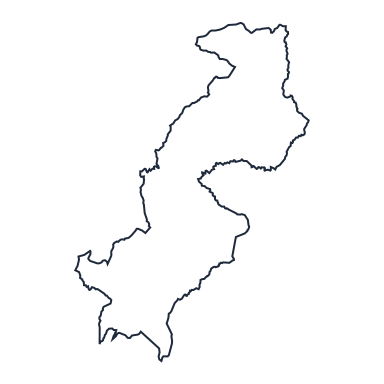 Xayacatlán de Bravo, Puebla, Mexico (Natural Earth projection)
{"feature_id": "50627088B60270238700137", "entity_name": "Xayacatlán de Bravo", "entity_type": "district", "adm_level": 2, "iso_a3": "MEX", "parent_name": "Mexico", "parent_adm1": "Puebla", "projection": "natural_earth1", "projection_center": [-97.941, 18.276], "detail": "fine", "context": "isolated", "style": "outline", "palette": "slate", "viewbox_px": 384, "rotation_deg": 0, "n_neighbors": 0, "source": "geoboundaries", "source_scale": "gbopen_adm2", "svg_char_len": 5970}
<svg xmlns="http://www.w3.org/2000/svg" viewBox="0 0 384 384"><path d="M276.6,166.8L279.8,165.1L284.9,158.9L285.3,156.7L286.5,155.5L287.0,153.1L286.6,151.8L289.1,147.1L290.6,146.1L290.9,142.6L292.4,143.0L292.9,142.2L292.9,140.5L294.4,139.9L296.1,137.5L297.9,137.5L298.9,135.8L300.7,136.2L301.4,134.7L302.9,135.3L304.5,134.3L304.8,132.4L304.1,129.8L304.3,128.7L306.6,125.3L306.9,123.6L308.0,122.4L308.7,120.4L303.1,115.9L301.9,113.7L299.1,112.8L297.3,111.2L297.0,109.4L297.5,108.8L296.4,106.8L296.3,104.5L295.7,102.7L294.1,102.2L294.2,101.3L292.4,98.8L292.7,97.4L291.9,95.9L290.6,95.5L290.3,96.5L287.3,97.6L285.2,97.0L283.6,95.1L283.3,94.0L283.8,91.0L283.5,89.8L282.2,88.2L283.2,85.6L283.1,83.6L284.5,81.5L284.9,79.9L287.6,78.6L288.0,76.4L287.9,74.0L288.6,73.5L289.0,72.1L287.6,70.6L287.5,69.5L288.4,67.7L288.3,65.2L289.1,62.2L286.5,58.8L286.9,57.2L286.8,55.3L287.6,53.8L286.5,50.9L286.5,49.7L287.2,48.3L285.6,46.3L286.4,44.5L285.7,42.3L284.7,42.2L284.3,40.7L285.1,37.5L286.7,36.4L287.3,34.7L288.1,34.1L288.0,32.0L286.6,31.5L285.6,30.2L285.8,26.2L282.8,26.2L280.5,24.8L279.5,24.8L277.3,27.9L274.7,29.1L274.1,30.9L272.3,32.8L271.0,32.6L270.7,29.7L268.6,28.0L261.3,28.9L260.0,29.5L256.4,29.4L251.8,32.9L250.5,32.6L249.3,31.2L245.9,29.0L243.6,24.4L241.5,23.1L240.2,23.0L236.1,24.5L228.4,25.0L223.9,28.0L219.9,29.6L215.6,30.5L211.5,30.5L209.6,31.6L207.5,34.2L205.7,35.6L204.0,36.3L198.5,37.2L197.5,37.8L197.0,42.1L195.8,44.3L197.1,45.6L199.0,46.0L199.8,46.8L200.2,49.1L201.1,49.9L203.6,50.6L206.3,50.6L208.2,51.9L210.1,52.0L211.0,52.7L214.3,52.5L218.3,55.4L218.5,56.9L219.8,59.0L222.6,59.0L226.1,59.9L227.3,60.6L229.4,63.6L232.2,65.8L235.0,67.0L229.4,75.8L228.1,77.3L219.7,78.1L217.9,77.9L217.1,76.8L216.1,76.6L215.4,77.6L214.6,77.6L212.6,80.7L208.6,85.2L207.9,87.4L208.4,90.3L208.3,92.0L207.9,92.5L209.2,94.4L208.5,95.3L206.9,96.7L204.3,96.3L200.9,97.6L199.0,100.2L198.2,100.1L197.2,101.4L194.0,103.0L192.4,103.0L189.2,106.2L186.9,106.4L184.8,107.3L183.4,109.6L182.2,113.0L179.9,115.2L179.5,116.6L177.9,118.9L175.1,120.5L173.3,123.5L170.0,125.6L170.7,126.9L170.6,130.7L167.8,134.3L167.8,135.6L166.4,138.9L166.2,141.0L164.8,142.3L163.1,143.0L163.5,145.8L161.4,147.8L160.9,147.8L159.1,150.1L158.5,150.4L155.8,149.9L155.2,151.4L156.3,153.4L156.5,156.9L157.5,158.4L156.5,163.8L158.3,166.1L158.8,167.9L158.2,168.1L156.1,166.4L154.6,166.3L153.9,166.9L154.2,168.9L152.5,168.7L150.6,170.7L149.5,169.2L147.6,172.4L147.0,172.2L145.6,168.9L144.6,168.8L141.9,171.4L140.3,171.3L140.2,175.5L141.3,176.9L143.9,176.4L143.7,178.7L144.1,179.3L143.6,183.8L140.4,187.8L140.9,189.3L140.6,192.4L141.5,195.9L142.7,197.8L143.6,200.4L143.3,203.2L143.9,204.7L144.7,213.1L146.9,219.4L146.7,221.2L148.3,222.2L149.3,224.2L148.8,226.0L150.2,227.5L145.4,233.0L142.1,230.5L138.1,228.8L136.7,228.8L135.6,230.6L131.5,235.4L128.6,237.9L124.9,238.6L124.4,239.7L122.2,239.3L120.4,239.8L118.2,241.9L117.0,241.4L114.3,242.9L113.2,244.4L113.4,246.8L112.8,248.6L111.3,251.2L111.3,255.7L107.6,264.0L106.9,261.7L105.0,260.2L102.8,260.7L101.6,262.3L99.4,263.3L97.4,263.4L90.1,260.9L88.5,259.1L88.3,258.2L90.4,254.1L90.5,251.4L90.1,250.9L84.3,254.9L78.5,256.5L79.0,259.7L78.7,261.0L77.6,265.7L75.3,270.3L79.1,272.1L80.3,275.6L80.1,278.0L82.2,279.3L82.5,280.5L83.8,282.1L84.0,285.2L86.0,285.4L86.6,286.8L88.1,286.3L88.3,288.0L89.3,289.9L90.5,289.5L91.9,287.2L94.3,287.9L95.7,289.3L97.1,289.0L98.1,289.4L104.5,293.8L105.6,295.5L106.8,295.6L108.7,298.0L110.1,298.6L111.3,300.1L110.6,303.5L103.6,306.8L102.8,308.7L103.0,310.0L101.4,311.6L100.7,315.7L99.4,317.2L99.4,319.0L100.5,320.7L99.2,323.1L99.1,325.0L99.7,327.2L99.6,344.1L100.5,341.2L101.5,341.4L103.0,340.4L103.4,338.3L104.1,337.8L104.9,335.0L106.0,333.7L106.9,330.7L109.0,328.7L112.2,328.5L113.8,330.0L116.3,330.1L115.7,332.2L115.2,332.6L115.1,333.7L113.7,335.8L112.6,339.2L115.9,336.2L117.3,333.6L119.2,332.8L125.5,335.3L127.6,337.8L130.0,338.0L132.0,335.5L137.7,334.6L139.2,333.9L140.8,331.7L159.1,348.4L159.6,352.4L158.6,356.6L159.3,359.3L160.2,360.1L161.4,361.0L162.5,357.3L163.4,356.3L167.7,356.4L168.9,355.0L171.9,343.7L172.1,341.1L171.4,336.1L171.9,334.4L166.7,323.6L168.4,318.0L168.8,313.6L170.1,312.9L171.3,311.3L174.7,303.1L177.4,300.2L178.0,298.9L179.9,299.7L181.8,298.8L183.9,295.4L185.0,294.5L185.5,294.6L186.2,295.8L186.8,295.9L187.2,294.8L188.8,294.0L188.9,292.8L189.6,292.4L190.0,290.7L190.9,291.0L191.6,289.9L193.5,290.0L196.2,288.2L198.6,289.2L199.7,286.8L199.4,285.2L200.4,282.7L200.5,280.0L202.0,279.2L204.3,278.9L206.0,277.0L207.3,276.3L207.3,275.9L208.3,275.6L209.4,274.2L209.5,272.1L210.4,271.0L211.3,268.5L213.7,266.9L215.1,266.8L215.6,267.2L218.1,266.5L218.9,265.7L218.6,265.2L219.4,264.3L219.4,263.5L220.2,263.5L220.9,262.7L222.1,263.1L223.1,262.4L229.4,262.8L232.7,260.4L233.9,260.1L234.0,259.1L232.3,256.3L235.9,237.0L244.8,233.4L247.3,231.1L247.4,230.2L248.1,229.8L249.1,227.2L249.1,226.3L248.5,225.1L247.9,220.0L244.8,215.1L241.6,214.1L240.4,214.6L237.3,214.4L236.3,213.4L228.4,209.4L227.9,208.8L226.7,208.3L226.3,208.7L225.1,208.3L224.2,206.6L221.9,206.6L218.9,204.7L218.2,203.9L218.2,202.9L217.5,201.8L217.3,200.6L215.7,200.3L215.0,199.3L215.0,196.5L213.6,196.2L212.7,195.2L212.9,193.5L212.6,193.0L209.6,191.6L210.3,190.0L210.1,189.1L206.6,188.0L204.6,186.1L201.8,185.7L201.6,183.9L199.0,181.6L198.1,179.0L200.8,178.5L201.6,176.9L203.6,175.1L202.2,173.4L202.2,172.4L205.4,173.5L205.6,170.9L206.6,170.7L209.3,173.1L212.0,169.7L214.1,169.1L213.2,167.0L214.0,166.2L215.8,165.8L215.8,163.5L216.4,162.9L218.4,164.1L219.4,163.0L220.3,162.9L223.1,164.8L224.7,163.0L225.9,163.5L227.3,162.4L229.3,163.2L230.4,161.2L232.9,161.5L233.8,160.2L234.8,160.4L235.5,161.9L240.6,160.7L241.9,159.4L243.4,160.9L246.8,161.1L251.4,165.5L251.6,167.2L252.5,166.9L252.6,166.1L253.6,166.0L256.6,168.9L257.3,168.7L258.4,167.1L259.3,167.2L260.8,168.5L261.7,167.3L263.2,167.6L264.1,167.3L265.0,168.2L264.4,169.8L264.6,170.6L267.9,169.7L270.3,170.6L270.8,170.1L270.8,167.0L273.8,168.3L275.2,169.5L276.6,166.8Z" fill="none" stroke="#1e293b" stroke-width="2"/></svg>